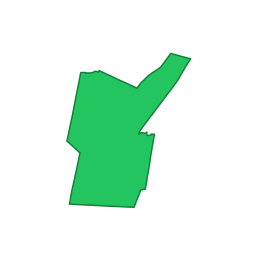 the district of Salciile, Prahova, Romania, rotated 330°
{"feature_id": "2599482B44687697697875", "entity_name": "Salciile", "entity_type": "district", "adm_level": 2, "iso_a3": "ROU", "parent_name": "Romania", "parent_adm1": "Prahova", "projection": "equal_earth", "projection_center": [26.525, 44.832], "detail": "fine", "context": "isolated", "style": "filled", "palette": "green", "viewbox_px": 256, "rotation_deg": 330, "n_neighbors": 0, "source": "geoboundaries", "source_scale": "gbopen_adm2", "svg_char_len": 4595}
<svg xmlns="http://www.w3.org/2000/svg" viewBox="0 0 256 256"><g transform="rotate(330 128 128)"><path d="M93.6,199.7L94.7,198.8L100.7,193.9L105.4,190.3L107.4,188.6L107.8,188.1L108.0,188.1L108.3,188.1L108.8,188.3L109.3,188.4L109.8,188.6L110.3,188.7L110.7,188.8L111.4,189.2L112.1,189.5L112.3,189.6L112.8,188.9L113.7,188.0L115.1,186.3L115.3,186.2L115.6,185.8L116.7,184.5L117.8,183.2L118.4,182.4L119.0,181.6L120.4,179.8L122.6,177.3L124.5,175.0L125.7,173.6L126.7,172.3L127.2,171.7L128.8,169.8L130.3,167.9L130.9,167.2L131.3,166.6L131.8,165.9L132.5,165.1L133.8,163.4L134.5,162.6L135.2,161.7L136.0,160.8L136.2,160.5L136.9,159.7L137.9,158.5L139.2,156.9L142.3,153.2L144.2,151.0L145.4,149.4L146.2,148.4L146.3,148.4L146.5,148.1L146.9,147.9L147.2,147.3L147.6,146.5L147.2,146.4L146.9,146.2L145.1,144.9L144.9,144.9L144.8,145.1L144.6,145.4L144.4,145.5L143.8,145.4L143.3,145.3L142.9,145.0L142.2,144.6L141.3,144.3L141.1,144.1L141.0,143.9L141.1,143.6L141.2,143.1L141.3,142.2L141.5,141.7L141.9,141.4L142.3,141.2L142.2,141.0L141.9,141.1L141.7,141.2L141.3,141.3L141.1,141.3L140.9,141.3L140.5,141.2L139.9,141.0L139.5,140.7L139.2,140.3L138.7,139.8L138.0,139.2L137.1,138.5L137.0,138.4L136.8,138.4L136.0,138.6L134.9,138.8L134.5,138.8L134.4,138.5L134.5,138.2L135.0,137.8L136.2,136.8L136.3,136.7L137.6,136.1L138.8,135.6L139.5,135.3L142.9,133.8L144.3,133.2L147.1,132.0L148.6,131.4L151.3,130.2L155.5,128.4L155.5,128.5L159.2,126.9L161.4,126.0L164.2,124.8L176.2,119.6L178.8,118.5L180.8,117.7L184.2,116.4L187.5,114.9L189.9,113.8L191.2,113.2L191.5,113.1L192.4,112.7L193.9,112.0L195.4,111.3L196.8,110.6L197.0,110.4L197.7,110.0L198.8,109.3L207.5,104.3L209.1,103.4L209.9,103.0L210.3,102.8L211.5,102.2L216.6,99.5L216.7,99.3L216.6,99.2L216.2,98.8L215.5,98.1L213.8,96.5L212.2,94.8L210.5,93.1L208.9,91.5L207.6,90.2L206.5,89.1L205.8,88.3L205.2,87.8L205.1,87.6L204.9,87.4L204.7,87.2L203.9,86.4L203.3,85.8L202.4,84.9L201.6,85.1L199.2,86.2L197.6,86.9L196.7,87.3L196.3,87.5L195.1,88.0L194.2,88.4L193.5,88.7L192.9,89.0L192.0,89.3L191.4,89.7L188.9,90.7L188.3,91.0L187.9,91.1L187.7,91.1L187.2,91.4L186.8,91.6L186.5,91.7L186.2,91.8L185.8,91.8L185.4,91.8L185.1,91.8L184.5,91.8L184.3,91.9L183.7,92.0L183.3,92.0L183.0,92.0L182.6,92.0L182.3,92.1L182.1,92.1L181.7,92.1L181.3,92.1L181.1,92.1L180.7,92.1L180.3,92.2L180.0,92.2L179.6,92.2L179.2,92.2L178.9,92.3L178.6,92.3L178.3,92.3L178.0,92.3L177.8,92.3L177.5,92.3L177.2,92.4L176.8,92.4L176.5,92.4L176.2,92.4L175.9,92.4L175.3,92.5L174.9,92.6L174.5,92.6L174.3,92.6L174.1,92.6L173.9,92.6L173.7,92.6L173.4,92.6L173.2,92.6L172.7,92.7L172.1,92.8L171.9,92.9L171.5,92.9L170.9,93.0L170.7,93.1L170.4,93.2L169.9,93.3L169.6,93.4L168.1,93.8L167.7,93.9L166.9,94.2L166.2,94.3L165.6,94.5L165.0,94.6L164.7,94.7L163.6,95.0L162.4,95.2L161.7,95.4L161.1,95.7L160.6,95.9L159.4,96.4L157.8,97.0L157.0,97.3L156.3,97.6L155.9,97.8L155.6,97.9L155.4,97.6L152.9,93.9L151.4,91.8L150.3,90.2L149.5,89.1L148.9,88.2L148.7,88.0L148.7,87.9L148.4,87.5L147.3,86.1L145.3,83.3L143.8,81.2L142.6,79.5L141.7,78.1L140.3,76.0L138.6,73.6L137.4,72.0L137.3,71.9L135.4,69.2L134.3,67.5L132.6,65.1L131.7,63.9L130.4,64.8L129.5,63.9L128.6,63.0L128.6,62.9L128.1,62.7L127.7,62.5L127.3,62.3L127.1,62.3L126.9,62.3L126.6,62.4L126.2,62.4L125.9,62.4L125.6,62.4L125.2,62.3L125.0,62.2L124.7,62.1L124.2,62.0L123.8,61.9L123.4,61.7L123.0,61.5L122.6,61.3L122.3,61.2L122.0,61.1L121.8,61.0L121.7,60.9L121.4,60.8L121.3,60.7L121.2,60.6L121.1,60.4L120.9,60.3L120.8,60.2L120.6,60.1L120.4,60.0L120.2,59.9L119.9,59.8L119.7,59.8L119.5,59.7L119.3,59.7L119.2,59.6L118.9,59.4L118.9,59.2L119.0,59.2L119.1,58.9L118.8,58.7L118.6,58.6L118.3,58.4L118.1,58.2L117.9,58.1L117.7,58.0L117.5,57.8L117.4,57.8L117.3,57.7L117.2,57.7L116.7,57.5L116.4,57.3L116.0,57.1L115.8,57.0L115.7,57.0L115.6,56.9L115.3,56.7L115.2,56.6L114.9,56.4L114.3,56.9L114.1,57.1L113.7,57.5L113.3,58.1L110.1,61.8L100.3,72.9L88.0,87.1L87.5,87.7L87.1,88.2L86.7,88.6L85.8,89.6L84.6,91.0L83.8,91.8L83.2,92.5L82.7,93.0L81.2,94.6L80.6,95.3L79.6,96.5L78.6,97.6L78.0,98.3L77.5,98.8L76.8,99.6L76.1,100.3L75.6,101.0L75.2,101.4L73.1,103.8L70.8,106.3L69.5,107.7L68.6,108.7L70.5,114.6L71.6,118.1L71.9,119.2L72.1,119.6L72.5,120.9L72.8,122.1L73.2,123.4L73.5,124.2L73.8,125.3L74.0,125.8L73.2,126.3L72.7,126.9L71.9,127.8L68.9,131.3L67.8,132.5L67.3,133.0L62.2,138.8L61.6,139.4L59.1,142.1L57.6,143.7L56.5,145.0L55.8,145.8L54.1,147.6L51.9,150.0L51.1,150.9L49.8,152.2L49.0,153.2L48.2,154.0L47.5,154.8L39.3,164.6L43.4,167.3L46.4,169.3L50.6,172.0L55.7,175.3L58.1,176.8L58.9,177.3L59.4,177.7L61.9,179.3L63.6,180.4L70.3,184.8L71.6,185.6L89.5,197.1L92.0,198.6L92.4,198.9L93.6,199.7Z" fill="#22c55e" stroke="#15803d" stroke-width="1.5"/></g></svg>